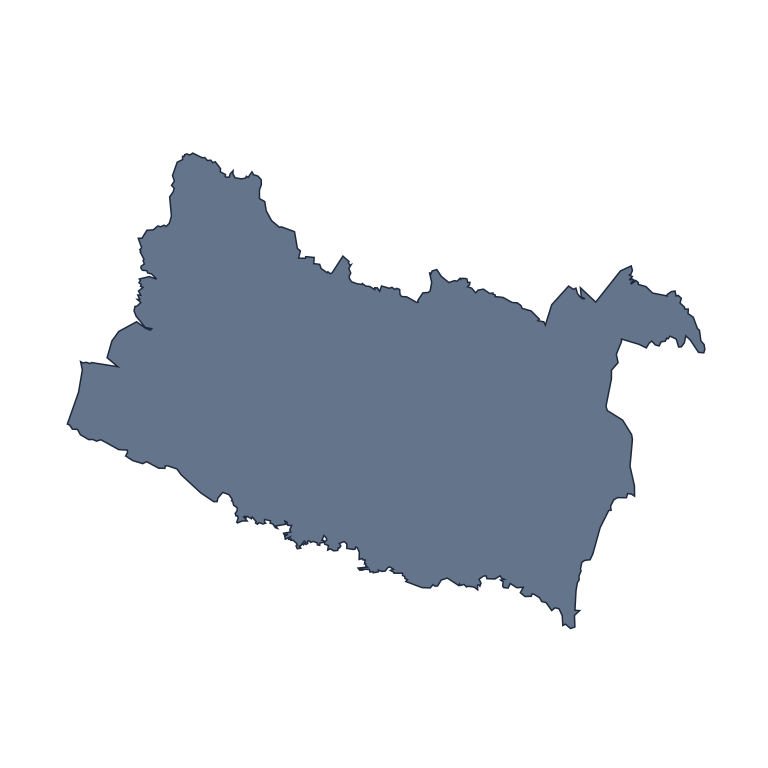 Ramallah & Al Bireh, West Bank, Palestine, rotated 197°
{"feature_id": "87354302B37341560226836", "entity_name": "Ramallah & Al Bireh", "entity_type": "district", "adm_level": 2, "iso_a3": "PSE", "parent_name": "Palestine", "parent_adm1": "West Bank", "projection": "orthographic", "projection_center": [35.194, 31.945], "detail": "fine", "context": "isolated", "style": "filled", "palette": "slate", "viewbox_px": 768, "rotation_deg": 197, "n_neighbors": 0, "source": "geoboundaries", "source_scale": "gbopen_adm2", "svg_char_len": 6165}
<svg xmlns="http://www.w3.org/2000/svg" viewBox="0 0 768 768"><g transform="rotate(197 384 384)"><path d="M675.1,253.1L672.7,252.9L668.8,249.7L663.9,251.0L659.5,246.7L650.1,244.5L646.2,245.8L642.2,245.3L638.5,247.9L618.5,243.7L610.1,245.7L609.3,243.8L610.0,239.6L601.9,237.3L591.4,237.3L588.4,240.3L574.8,237.6L568.9,239.3L569.2,241.8L566.9,242.5L557.1,242.2L551.5,237.9L527.4,226.3L512.4,221.7L509.2,222.7L509.5,226.3L506.5,233.2L500.0,232.9L495.4,229.3L495.7,227.8L494.2,227.3L492.4,224.1L488.2,222.7L487.4,219.7L488.5,216.8L486.9,214.5L485.8,215.2L484.3,213.5L484.4,208.7L483.5,208.3L479.3,211.7L474.8,213.0L479.4,216.0L478.1,216.9L476.7,215.8L476.2,217.5L471.4,216.4L471.1,218.2L465.9,215.0L466.3,213.6L464.0,212.9L463.1,214.9L458.9,214.7L456.5,216.3L458.0,217.2L458.6,219.5L452.5,220.0L452.2,217.6L449.5,217.7L445.9,214.9L443.7,214.8L446.0,216.6L436.8,221.2L438.7,223.9L436.6,223.7L434.6,220.7L431.0,221.7L431.5,216.9L429.8,215.3L436.5,211.9L435.1,210.5L431.9,212.3L434.4,209.4L433.0,206.7L429.0,210.3L429.6,207.6L427.4,208.4L427.3,207.3L425.1,207.9L421.0,206.1L420.1,204.9L420.8,203.5L418.8,201.1L415.6,202.7L417.6,204.2L416.2,205.2L414.3,210.4L412.6,209.5L414.5,206.0L412.6,208.8L411.6,207.8L410.3,209.2L411.1,211.2L409.9,212.3L407.9,211.0L405.8,212.7L401.5,212.6L400.7,210.7L398.3,210.9L398.8,213.2L395.6,214.9L395.8,216.7L397.7,216.4L397.1,221.6L394.0,219.8L393.2,217.9L394.8,215.2L393.9,213.5L389.9,213.2L389.3,208.7L387.1,210.7L383.4,209.7L379.6,211.3L379.8,214.1L378.6,214.2L377.9,216.5L380.2,218.4L376.0,221.7L372.8,220.2L371.5,215.9L364.9,216.8L363.3,217.7L363.4,219.8L361.8,219.6L358.5,216.2L356.5,208.9L353.6,210.8L352.6,209.6L350.5,210.2L350.1,206.2L348.8,206.6L348.3,204.9L346.3,204.1L355.0,200.4L352.7,198.8L350.9,199.5L352.9,199.8L343.9,202.4L342.4,200.1L339.7,201.3L339.1,200.3L334.4,202.8L335.0,204.4L331.4,204.1L328.1,205.5L326.7,209.5L325.0,210.8L320.8,209.6L323.4,207.6L318.9,206.6L319.7,205.8L311.1,208.5L310.3,206.4L307.9,205.9L307.1,204.1L304.4,203.8L305.4,201.5L288.1,200.4L280.1,202.5L278.5,206.5L276.2,205.6L273.7,206.5L271.9,213.3L266.6,216.9L253.6,213.1L253.4,214.8L252.2,213.6L248.8,215.7L245.3,213.7L245.8,214.4L242.9,215.5L238.4,216.1L234.2,214.6L235.8,218.9L234.5,219.7L233.2,218.7L233.0,221.9L236.0,225.2L232.7,229.4L230.2,230.4L228.7,227.9L221.0,229.9L216.9,234.5L214.9,232.7L211.8,232.4L215.2,230.6L212.3,229.7L211.3,225.2L209.9,224.3L205.7,225.1L204.9,230.1L197.4,228.0L191.4,230.3L192.6,224.3L187.0,222.0L181.1,224.0L181.1,226.5L179.2,226.8L172.8,225.1L169.5,222.1L165.0,222.3L157.4,216.4L155.0,220.0L150.9,220.2L145.8,214.5L142.4,205.3L140.3,207.4L134.1,204.7L130.4,207.5L134.2,218.4L130.7,224.5L135.2,223.4L135.7,225.3L139.9,242.3L141.0,250.5L140.1,253.8L141.4,257.4L140.9,262.8L142.0,264.6L142.7,271.3L140.3,274.1L135.5,276.2L134.6,282.5L135.3,309.9L132.1,328.8L129.9,329.6L131.6,333.5L130.4,340.4L127.5,343.6L118.9,346.1L119.0,350.4L115.4,351.1L111.6,350.0L114.7,359.8L124.7,377.3L130.2,403.6L132.4,408.0L145.2,419.2L162.7,423.9L165.2,427.6L168.0,455.4L170.5,463.7L166.4,472.8L170.5,480.3L169.3,493.8L170.0,496.4L151.8,496.5L143.7,495.2L142.4,500.6L140.4,503.3L135.9,500.7L132.0,500.8L131.3,505.4L127.5,507.2L127.1,510.5L125.6,510.2L124.4,513.4L117.7,512.4L113.0,505.5L110.5,506.5L108.8,511.3L109.5,518.3L103.8,515.5L92.5,506.2L87.3,507.3L87.3,510.9L89.4,515.3L93.6,517.9L98.0,527.6L100.5,528.7L107.8,538.3L113.8,540.2L114.9,544.6L118.2,543.6L119.3,545.5L124.6,548.0L124.7,552.9L128.6,554.7L130.4,553.5L132.9,558.0L136.3,556.3L139.4,552.2L138.9,551.0L153.8,549.5L161.9,553.7L170.0,553.6L170.4,555.3L173.5,556.6L176.5,552.2L177.4,552.7L175.4,556.5L177.7,557.1L178.7,555.4L179.7,555.9L177.9,559.4L181.2,559.9L180.0,561.1L179.6,565.2L182.1,569.2L190.9,561.3L205.5,524.2L224.3,533.5L220.8,524.9L216.6,524.4L219.2,523.5L222.3,524.8L225.7,527.3L228.5,531.8L230.6,529.9L236.1,531.6L246.8,508.8L246.9,487.4L249.3,490.2L255.4,489.5L254.4,491.4L264.7,496.9L274.0,496.7L276.0,499.1L280.3,500.6L285.3,499.4L295.5,501.6L303.3,500.1L303.7,501.7L306.4,501.8L306.4,502.8L309.6,501.5L316.6,503.8L321.5,501.3L323.0,498.0L328.2,501.3L332.5,501.4L331.2,503.8L331.5,506.3L333.6,505.5L335.3,508.6L336.7,508.8L340.9,507.6L341.0,506.6L342.2,507.3L344.2,503.6L346.8,503.5L351.6,500.0L360.7,503.7L367.0,508.9L371.0,506.2L371.4,502.5L373.2,504.1L368.1,495.1L367.1,486.4L368.6,484.4L373.4,482.6L376.1,473.8L375.3,472.1L376.6,471.6L387.7,474.0L392.8,472.8L394.9,474.4L396.7,479.0L399.9,479.2L401.2,477.6L404.7,478.8L406.9,477.1L415.0,477.0L415.3,471.4L418.5,474.0L421.0,473.3L420.5,471.6L426.3,473.1L430.2,472.3L434.1,473.8L434.2,472.8L438.9,472.0L444.9,472.3L447.7,474.5L448.8,476.9L448.2,480.3L451.4,484.2L450.3,488.5L451.3,487.6L453.4,489.4L453.3,490.9L460.7,494.3L466.2,474.9L467.6,473.8L470.5,474.9L471.0,473.8L477.9,476.1L480.5,479.6L486.4,478.6L487.8,484.6L496.1,482.9L496.0,481.2L502.5,479.4L502.9,486.9L506.4,488.2L514.1,503.5L528.1,504.3L529.8,503.3L539.2,507.3L547.2,515.1L551.4,523.6L557.3,524.9L559.8,533.0L559.6,539.1L561.3,543.6L565.5,546.0L570.0,546.0L572.3,548.3L574.3,541.9L576.4,542.4L576.6,540.4L580.4,538.5L586.7,537.7L589.9,540.8L590.7,543.8L592.5,540.0L592.5,536.7L595.2,535.6L596.5,536.0L596.8,538.0L602.7,539.1L603.3,542.2L610.4,547.2L612.5,545.6L615.1,547.4L618.3,546.1L621.6,548.2L624.1,547.2L634.4,548.9L636.7,546.1L639.9,546.4L641.7,545.0L641.6,543.4L643.2,542.8L642.2,539.7L646.6,535.7L647.2,521.5L643.8,516.8L645.3,511.8L641.9,509.9L641.8,506.2L643.7,500.3L636.4,482.4L636.3,474.8L638.6,470.8L640.7,471.6L643.5,469.1L646.5,469.0L649.8,463.9L655.7,461.7L658.0,452.7L661.6,451.5L655.6,443.4L656.8,441.0L655.5,440.1L655.8,439.0L650.0,433.1L650.5,431.7L648.3,428.6L650.7,425.7L650.4,423.8L648.3,422.1L643.9,423.0L642.5,421.1L638.3,421.3L632.1,417.8L639.8,418.1L648.7,412.9L647.2,411.5L647.9,409.2L645.2,408.2L645.4,406.2L642.7,405.9L646.0,401.1L642.6,397.8L645.5,397.1L642.3,393.5L644.7,392.8L640.4,390.9L643.0,386.2L644.8,385.4L644.4,380.9L641.0,376.5L628.8,368.2L622.3,369.0L623.1,367.1L628.7,367.7L638.8,371.2L653.0,356.7L656.8,345.5L656.5,328.2L643.6,322.7L669.9,319.0L671.1,317.6L675.1,317.7L678.2,316.1L680.7,316.7L676.6,309.3L673.7,286.8L675.1,253.1Z" fill="#64748b" stroke="#1e293b" stroke-width="1.5"/></g></svg>